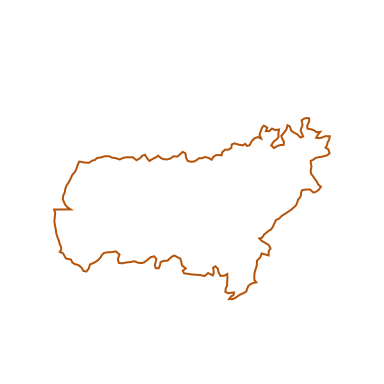 Independência, Rio Grande do Sul, Brazil, rotated 129°
{"feature_id": "56859067B92342663625367", "entity_name": "Independência", "entity_type": "district", "adm_level": 2, "iso_a3": "BRA", "parent_name": "Brazil", "parent_adm1": "Rio Grande do Sul", "projection": "mercator", "projection_center": [-54.201, -27.908], "detail": "fine", "context": "isolated", "style": "outline", "palette": "amber", "viewbox_px": 384, "rotation_deg": 129, "n_neighbors": 0, "source": "geoboundaries", "source_scale": "gbopen_adm2", "svg_char_len": 3621}
<svg xmlns="http://www.w3.org/2000/svg" viewBox="0 0 384 384"><g transform="rotate(129 192 192)"><path d="M221.8,85.2L221.1,88.2L218.2,90.6L215.4,92.5L212.2,93.9L208.5,95.3L204.4,98.3L200.0,97.8L195.9,99.2L193.1,92.6L189.6,95.2L186.5,95.4L184.9,98.9L185.3,102.2L186.1,107.0L185.7,110.5L183.4,108.8L179.9,109.2L174.2,108.1L171.4,107.0L168.6,107.2L164.7,108.2L161.0,109.1L157.8,107.6L153.5,107.1L149.8,105.7L146.6,104.8L143.1,103.7L139.3,103.1L136.8,102.8L133.9,103.6L131.2,104.8L128.6,104.6L125.9,105.2L123.7,106.9L121.2,107.6L118.8,105.4L115.8,101.9L116.0,97.2L113.4,95.6L110.0,94.9L106.8,95.1L106.8,98.6L105.4,101.6L104.3,105.4L103.5,108.3L102.7,111.2L100.8,113.2L96.8,115.3L95.1,117.6L93.1,119.3L90.7,118.1L87.8,117.4L85.2,115.4L82.9,113.3L80.4,111.5L78.4,110.0L75.3,109.5L73.0,113.0L73.5,116.1L70.6,116.5L68.2,117.8L64.9,118.4L62.0,120.0L64.8,123.6L67.8,125.2L70.0,126.9L71.7,129.6L68.5,130.2L64.5,130.2L67.3,133.0L67.2,135.9L68.5,139.3L70.1,142.0L68.2,144.1L65.7,144.8L63.3,145.4L61.0,147.3L62.4,149.6L64.5,151.1L67.3,151.9L69.0,149.8L70.9,147.9L73.8,147.2L76.1,146.0L77.4,143.3L78.9,140.6L81.4,142.0L80.9,146.6L81.7,150.0L81.9,153.5L79.5,157.1L80.0,159.8L84.0,158.0L88.5,157.8L92.2,157.9L93.7,155.7L95.1,152.2L97.7,150.4L99.9,152.9L102.7,154.7L106.2,155.9L105.9,159.8L101.4,160.2L97.7,159.3L94.9,159.3L92.0,161.8L88.7,163.7L91.4,166.1L92.4,169.8L96.0,170.2L98.1,172.9L94.7,174.0L95.1,177.9L97.7,178.1L101.1,177.0L105.1,175.5L106.9,171.9L107.9,175.5L111.0,177.2L114.4,177.6L117.0,177.2L119.5,176.7L121.6,178.2L121.1,181.0L123.8,181.9L126.0,185.8L127.5,189.7L130.1,191.0L133.0,189.2L136.1,190.3L138.4,193.0L142.0,193.5L144.9,192.1L146.4,194.5L148.4,196.6L151.3,197.5L154.6,197.1L155.0,200.2L156.5,203.9L159.5,205.5L161.0,207.6L164.1,208.5L166.8,209.4L169.3,212.0L170.5,215.0L169.2,218.1L166.1,221.4L166.7,224.5L169.3,224.9L173.5,225.5L176.1,229.0L179.6,229.9L182.4,231.9L184.5,234.9L185.2,237.7L185.1,241.2L187.6,241.8L191.1,243.4L194.7,244.7L193.9,248.5L192.7,251.9L195.3,253.6L198.0,253.5L202.2,255.1L202.3,260.0L204.1,262.0L206.0,264.5L208.5,266.8L212.2,268.6L213.8,272.7L215.7,275.9L216.3,278.8L218.7,281.9L222.2,284.4L225.6,287.3L228.1,287.6L230.5,289.3L234.1,290.4L236.8,294.2L239.3,298.8L243.8,297.6L247.3,296.2L250.2,295.6L254.0,295.8L258.3,294.6L262.2,293.9L265.8,293.6L269.4,292.4L272.0,290.8L276.1,289.7L279.1,287.7L281.7,282.5L282.3,278.6L281.9,275.4L292.4,288.1L294.3,285.2L298.1,282.7L301.9,280.1L303.7,278.0L306.7,274.5L309.7,271.2L311.7,268.2L313.6,264.9L315.7,262.0L317.2,259.0L319.3,257.2L321.8,257.1L320.8,253.7L323.0,248.1L320.7,243.5L322.1,240.6L321.7,237.3L320.3,234.7L320.3,230.3L321.7,226.6L320.2,224.0L316.4,224.1L312.5,225.7L308.6,223.6L304.3,222.1L300.6,221.9L297.8,222.4L295.0,222.1L292.5,220.2L289.8,217.1L286.1,213.8L286.2,209.0L290.9,207.3L293.2,204.3L291.3,201.3L288.4,199.0L285.3,195.9L282.1,193.2L280.9,189.4L279.1,186.5L277.0,185.0L274.3,184.3L268.4,183.0L265.8,180.9L266.5,177.5L269.7,176.0L272.3,174.8L274.0,172.2L272.3,169.9L269.2,170.7L266.3,172.3L263.5,170.8L260.7,167.7L257.2,167.4L254.7,166.9L252.4,165.6L251.8,162.1L251.1,159.1L253.0,156.4L255.3,153.6L255.4,148.8L259.0,149.6L260.2,146.9L258.3,143.9L256.4,140.6L253.8,136.8L251.4,133.5L249.4,129.3L244.9,128.5L243.7,123.3L240.8,124.4L237.6,127.9L235.0,127.1L235.3,123.6L237.4,121.3L239.3,117.1L236.8,114.3L233.5,113.0L236.2,110.6L239.6,108.2L242.9,105.7L245.6,105.2L248.7,103.1L247.8,100.0L245.6,98.1L243.6,96.1L245.9,94.9L248.7,95.9L251.9,95.7L249.7,93.0L247.2,91.8L244.3,90.9L241.9,90.2L239.2,88.9L235.3,87.2L232.2,88.3L229.6,89.1L226.6,88.5L224.1,87.1L221.8,85.2Z" fill="none" stroke="#b45309" stroke-width="2"/></g></svg>